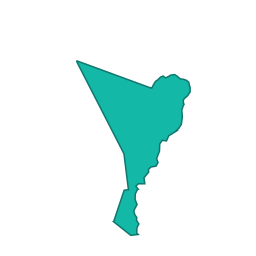 the district of Esperance, Soufrière, Saint Lucia, rotated 46°
{"feature_id": "8701671B42907640167452", "entity_name": "Esperance", "entity_type": "district", "adm_level": 2, "iso_a3": "LCA", "parent_name": "Saint Lucia", "parent_adm1": "Soufrière", "projection": "mercator", "projection_center": [-61.035, 13.845], "detail": "fine", "context": "isolated", "style": "filled", "palette": "teal", "viewbox_px": 256, "rotation_deg": 46, "n_neighbors": 0, "source": "geoboundaries", "source_scale": "gbopen_adm2", "svg_char_len": 1080}
<svg xmlns="http://www.w3.org/2000/svg" viewBox="0 0 256 256"><g transform="rotate(46 128 128)"><path d="M44.3,118.1L44.3,118.4L45.6,119.1L143.7,148.8L144.1,149.1L172.1,170.1L172.7,170.4L170.1,174.0L185.2,203.0L185.1,203.5L207.1,200.6L211.7,194.6L209.7,194.7L205.9,190.8L204.6,186.9L200.4,186.0L198.3,183.8L195.3,183.4L191.9,181.6L190.7,179.0L189.4,174.7L184.3,172.5L180.5,168.6L178.7,163.6L179.1,163.2L178.5,163.1L175.3,162.8L175.3,161.3L175.3,159.3L179.8,154.7L177.4,152.9L174.9,151.1L174.1,143.8L172.0,142.1L172.0,138.6L174.9,134.3L173.7,130.4L169.9,128.7L166.5,121.4L161.5,116.2L160.7,111.9L164.0,109.3L163.3,107.6L161.9,104.1L163.9,94.8L163.5,95.1L163.5,91.5L162.4,87.1L157.9,81.3L152.5,76.9L150.6,73.3L149.8,71.1L148.9,71.1L146.2,68.6L146.0,66.7L146.2,62.8L145.2,58.2L142.1,55.3L140.1,54.2L137.1,52.5L134.1,52.9L131.6,54.2L128.9,56.3L124.6,56.7L122.9,57.1L121.9,57.4L119.7,60.4L118.9,63.7L117.8,66.4L115.6,66.6L115.0,66.6L114.0,69.2L114.0,73.0L113.6,75.9L114.4,79.1L115.8,83.2L114.4,83.7L115.5,83.6L44.3,118.1Z" fill="#14b8a6" stroke="#0f766e" stroke-width="1.5"/></g></svg>